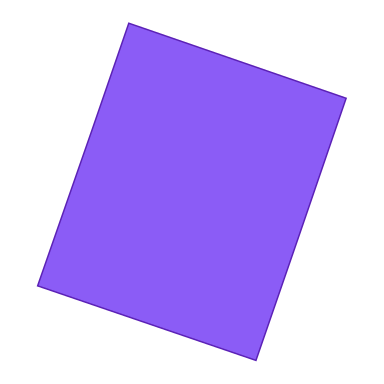 outline of Rush, Kansas, United States of America, rotated 109°
{"feature_id": "52423323B32209186414231", "entity_name": "Rush", "entity_type": "district", "adm_level": 2, "iso_a3": "USA", "parent_name": "United States of America", "parent_adm1": "Kansas", "projection": "equal_earth", "projection_center": [-99.311, 38.523], "detail": "fine", "context": "isolated", "style": "filled", "palette": "violet", "viewbox_px": 384, "rotation_deg": 109, "n_neighbors": 0, "source": "geoboundaries", "source_scale": "gbopen_adm2", "svg_char_len": 270}
<svg xmlns="http://www.w3.org/2000/svg" viewBox="0 0 384 384"><g transform="rotate(109 192 192)"><path d="M53.2,76.8L53.0,306.7L165.2,306.7L331.0,307.4L330.4,76.7L325.5,76.7L219.6,76.6L186.1,76.6L53.2,76.8Z" fill="#8b5cf6" stroke="#5b21b6" stroke-width="1.5"/></g></svg>